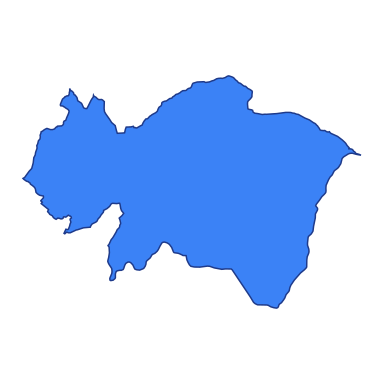 Nadrag, Timis, Romania (Mercator projection)
{"feature_id": "2599482B73487370239744", "entity_name": "Nadrag", "entity_type": "district", "adm_level": 2, "iso_a3": "ROU", "parent_name": "Romania", "parent_adm1": "Timis", "projection": "mercator", "projection_center": [22.192, 45.643], "detail": "fine", "context": "isolated", "style": "filled", "palette": "blue", "viewbox_px": 384, "rotation_deg": 0, "n_neighbors": 0, "source": "geoboundaries", "source_scale": "gbopen_adm2", "svg_char_len": 5877}
<svg xmlns="http://www.w3.org/2000/svg" viewBox="0 0 384 384"><path d="M294.3,280.1L300.5,273.0L304.5,269.7L306.2,267.9L306.7,267.0L306.8,260.0L307.2,256.8L308.6,253.4L308.9,252.3L309.0,251.2L308.8,249.1L307.5,245.2L307.5,243.0L308.1,237.4L308.5,236.4L311.3,233.9L312.6,231.8L313.0,231.0L313.6,226.1L315.3,217.9L315.4,214.0L317.4,210.2L317.6,209.2L317.5,208.2L315.7,205.8L316.3,204.3L319.6,200.0L321.9,196.6L324.2,194.4L325.4,193.0L325.8,192.3L326.0,190.8L325.9,188.0L326.1,185.3L328.5,179.8L330.0,177.2L332.2,174.9L334.1,171.1L334.9,170.3L337.2,168.6L338.4,167.5L339.3,166.1L340.8,163.7L342.1,158.5L343.6,156.9L348.2,154.0L349.8,153.4L352.2,153.2L356.6,154.4L361.0,155.2L359.0,154.3L356.0,153.5L354.7,151.8L353.6,151.2L353.0,150.1L351.9,149.2L350.1,148.8L348.9,148.9L348.8,148.6L349.2,147.9L347.1,145.5L345.8,143.4L344.7,142.2L342.2,139.9L337.6,136.4L331.0,133.4L330.3,132.9L329.4,131.7L328.5,132.0L327.9,132.0L326.6,131.7L324.8,130.5L323.3,130.6L320.8,130.3L319.9,129.7L319.4,128.5L317.9,126.5L317.5,125.8L316.6,125.1L315.6,123.9L314.6,123.2L313.6,122.8L309.4,119.9L304.8,118.0L298.3,114.4L296.4,114.1L294.2,113.2L292.7,113.1L290.8,112.5L288.6,112.4L285.8,112.4L276.8,113.6L266.3,114.3L265.0,114.2L262.2,114.5L257.9,113.6L254.7,113.2L253.1,112.1L252.6,110.3L251.5,109.8L248.9,109.3L247.9,108.8L247.5,104.1L247.6,102.3L247.7,101.7L248.3,100.9L250.6,98.6L251.9,96.8L252.0,94.4L252.3,91.8L251.9,90.8L249.8,89.4L247.9,88.5L245.6,86.3L244.3,86.2L243.1,85.5L240.5,83.4L238.5,82.7L237.0,80.9L235.7,80.0L233.6,77.7L232.0,76.9L229.3,76.0L228.4,75.9L227.2,76.3L225.1,77.6L222.4,78.4L220.8,78.2L218.3,78.4L216.6,78.8L213.8,80.4L211.9,80.9L209.5,81.9L206.1,82.4L205.4,82.4L204.0,81.7L197.2,82.0L193.1,83.2L192.4,84.1L191.6,86.3L190.9,87.5L190.5,87.9L188.4,88.5L187.2,89.3L186.4,90.2L185.7,90.5L182.8,90.7L181.1,91.7L180.2,92.6L177.7,94.0L176.2,94.3L175.7,94.6L174.6,95.7L172.6,97.0L171.9,98.1L169.6,98.6L166.5,100.9L164.3,101.3L162.5,102.1L161.8,102.9L161.6,104.7L161.2,105.5L161.0,105.9L159.2,107.1L158.8,107.6L158.0,109.3L157.3,111.3L155.7,112.7L152.1,114.6L151.0,115.5L149.7,116.3L147.6,118.7L145.8,119.0L144.1,121.1L143.0,123.0L142.1,125.1L140.7,125.7L136.9,127.9L135.8,127.9L134.8,127.4L134.1,127.7L133.9,127.5L133.3,126.3L131.0,126.9L126.2,127.1L125.4,129.2L124.6,132.8L123.0,133.0L117.3,133.3L116.5,130.8L115.2,125.6L111.6,122.5L109.6,119.3L105.7,113.8L104.5,111.7L104.1,108.5L104.3,101.6L102.6,100.0L101.6,99.5L99.0,99.6L98.4,99.4L97.4,98.7L95.9,97.2L94.3,96.4L93.8,95.9L93.5,95.3L93.2,97.2L92.1,98.6L91.0,100.4L87.9,106.7L86.8,108.6L85.2,108.5L83.9,108.0L83.3,107.1L82.0,104.2L81.4,103.2L77.7,100.7L77.2,98.3L76.9,97.4L75.1,95.0L74.5,94.9L74.0,94.5L73.5,92.7L72.2,91.3L71.0,90.6L70.3,89.9L69.7,88.5L69.7,91.7L69.3,92.1L69.3,93.5L68.8,95.1L68.4,95.7L66.5,96.0L65.4,96.7L65.0,96.7L64.6,97.3L62.5,99.1L60.4,104.3L60.4,105.3L60.7,105.8L62.8,106.0L63.5,106.6L64.6,107.1L65.5,107.9L67.8,109.3L68.6,110.2L69.0,110.9L69.0,111.9L68.4,113.8L66.6,117.9L66.0,119.7L65.7,120.3L64.0,121.2L63.5,122.3L63.5,123.9L63.3,124.4L62.6,125.2L61.6,125.9L57.8,126.1L57.4,126.2L57.0,126.9L56.5,126.9L55.5,127.7L54.6,128.9L52.5,129.6L50.5,129.6L47.2,128.5L46.6,128.5L44.3,129.7L42.4,131.2L41.1,131.8L40.9,133.2L40.1,135.2L40.3,136.9L40.0,138.9L38.4,140.8L37.7,143.8L36.8,145.6L37.0,147.3L37.0,148.4L35.6,152.4L35.2,155.0L33.8,157.7L33.2,163.0L31.7,168.5L29.1,171.3L24.6,177.5L23.0,178.4L23.8,179.3L26.2,181.0L27.3,181.5L28.3,181.6L29.1,182.5L30.2,183.2L30.4,184.1L32.6,185.7L34.3,187.2L35.2,188.5L35.5,189.6L36.0,192.3L36.8,193.2L38.2,194.4L39.8,195.3L43.3,196.0L43.5,196.8L43.4,197.8L40.8,200.7L40.8,200.9L42.3,202.2L41.2,203.6L48.5,209.5L47.6,211.6L47.9,212.0L48.8,212.9L49.8,214.4L52.2,215.7L52.6,216.2L53.2,217.3L54.4,218.4L56.1,219.3L57.8,218.1L59.4,218.3L60.4,218.8L61.9,218.9L63.0,218.3L63.5,217.0L64.0,216.8L65.6,217.1L66.4,216.8L67.8,215.5L68.5,215.2L69.6,216.0L70.4,216.1L71.1,216.8L71.4,218.0L70.3,218.8L70.1,219.3L70.2,220.1L70.7,221.3L70.8,222.3L70.1,224.0L69.5,226.4L68.5,228.9L68.2,229.4L67.3,229.6L65.9,229.2L64.0,233.3L64.8,233.8L66.5,232.3L66.9,232.2L68.4,232.8L70.2,232.8L76.5,229.9L77.4,229.8L83.5,227.8L90.3,227.2L90.9,225.6L92.2,223.9L95.7,222.2L96.9,221.3L98.1,218.9L99.9,217.0L101.0,215.1L103.3,212.3L103.6,211.2L103.6,210.4L107.0,208.6L109.6,206.4L110.9,204.4L111.4,203.7L112.6,203.3L116.7,203.6L119.3,203.2L119.7,203.3L120.1,204.7L120.7,208.4L121.5,210.6L123.7,213.3L122.1,215.5L119.2,218.1L120.0,220.2L120.6,222.9L120.6,223.8L119.9,225.0L119.7,225.8L119.6,227.0L118.6,228.4L117.5,229.3L117.1,229.9L116.1,232.1L113.6,236.4L112.5,238.1L111.2,239.6L108.9,244.6L108.3,245.1L108.0,245.7L108.6,246.3L109.1,247.2L109.4,252.8L108.7,257.3L107.9,260.4L107.8,261.5L108.2,262.7L109.1,264.5L111.6,268.3L111.9,269.8L112.0,271.7L111.8,273.4L110.0,277.8L109.8,278.8L109.9,279.5L110.1,280.3L110.8,280.6L113.1,280.2L114.9,278.7L115.4,277.8L115.4,273.9L116.0,271.9L117.2,270.8L119.8,270.3L121.4,270.3L123.2,269.5L123.7,268.5L124.8,265.2L125.8,263.4L127.7,262.2L128.9,262.0L129.9,262.2L131.0,262.9L132.9,265.0L134.2,267.9L135.0,269.2L136.8,269.8L139.7,270.1L143.0,268.8L143.9,268.2L145.2,266.2L145.9,264.3L146.2,261.8L146.8,260.8L150.0,258.1L150.8,256.9L151.8,255.1L152.5,254.4L154.9,253.3L157.1,251.3L158.3,249.6L159.9,246.3L161.7,243.2L162.5,242.5L163.2,242.2L164.6,242.1L167.2,242.9L168.9,244.0L169.8,244.9L171.7,247.5L173.4,251.8L173.9,252.5L174.8,252.8L177.8,253.2L178.9,253.5L181.8,254.8L183.0,255.5L186.1,255.6L186.9,259.8L188.0,262.3L189.4,264.8L190.9,266.3L194.3,267.0L199.9,267.1L207.5,266.1L209.7,266.3L214.3,267.9L221.8,269.3L225.6,268.9L231.2,269.0L232.1,269.7L250.1,296.6L253.6,302.4L255.2,303.7L257.5,304.8L266.9,305.0L268.2,305.3L270.8,306.8L273.8,307.7L276.4,308.1L277.6,307.7L278.4,306.7L278.8,305.2L279.4,304.2L281.5,302.7L283.9,299.4L284.8,298.0L286.1,294.6L288.9,291.3L289.3,290.3L289.8,287.8L290.8,285.3L294.3,280.1Z" fill="#3b82f6" stroke="#1e3a8a" stroke-width="1.5"/></svg>